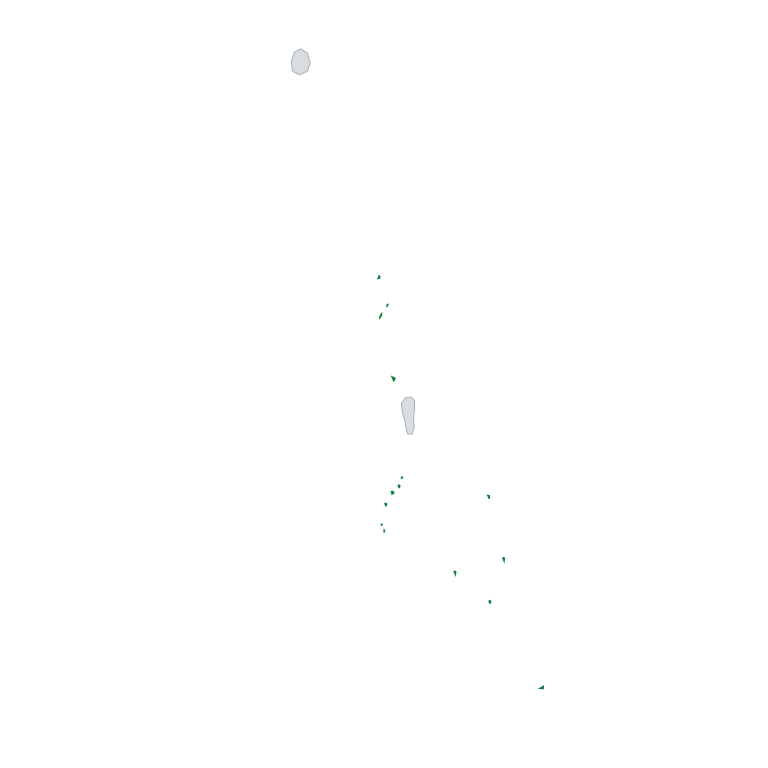 location of Kaafu within Maldives, rotated 158°
{"feature_id": "MDV-5230", "entity_name": "Kaafu", "entity_type": "Atoll", "adm_level": 1, "iso_a3": "MDV", "parent_name": "Maldives", "parent_adm1": "", "projection": "natural_earth1", "projection_center": [73.522, 4.408], "detail": "fine", "context": "in_parent", "style": "filled", "palette": "green", "viewbox_px": 768, "rotation_deg": 158, "n_neighbors": 0, "source": "natural_earth", "source_scale": "10m", "svg_char_len": 1886}
<svg xmlns="http://www.w3.org/2000/svg" viewBox="0 0 768 768"><g transform="rotate(158 384 384)"><path d="M375.2,359.6L369.3,363.2L363.8,361.8L361.9,357.2L364.6,350.3L369.2,341.6L372.4,332.1L377.0,327.0L380.6,328.7L380.2,334.0L378.5,341.4L377.5,350.8L375.2,359.6ZM342.8,725.2L335.6,726.0L331.1,719.3L332.1,709.5L337.7,702.7L346.6,702.3L351.7,708.4L349.0,717.8L342.8,725.2Z" fill="#d9dde1" stroke="#a8b0b8" stroke-width="1"/><path d="M373.8,383.5L373.8,387.4L373.8,387.5L372.6,386.2L371.9,385.4L371.8,384.6L372.8,384.1L373.8,383.5ZM353.2,43.4L349.6,44.0L350.4,42.2L351.1,42.0L352.0,42.8L353.2,43.4ZM417.7,278.9L417.4,279.8L417.5,280.8L417.4,281.4L417.0,281.3L416.3,281.2L416.2,281.1L415.6,279.7L416.0,279.2L416.8,279.2L417.7,278.9ZM329.3,238.1L329.5,241.7L328.4,241.1L328.4,240.3L328.8,239.4L329.3,238.1ZM338.9,175.2L338.9,175.3L338.9,176.3L339.1,177.2L339.0,177.8L338.2,178.2L337.6,177.3L337.8,176.7L338.4,176.1L338.9,175.2ZM408.8,281.8L408.7,282.9L408.9,283.7L408.9,284.4L408.1,284.7L407.5,283.7L407.7,283.2L408.2,282.7L408.8,281.8ZM367.8,140.6L367.8,141.7L368.0,142.6L367.9,143.2L367.1,143.5L367.0,143.3L366.5,142.6L366.7,142.0L367.3,141.5L367.8,140.6ZM389.1,180.9L389.1,181.0L389.1,182.0L389.3,182.9L389.3,183.5L388.5,183.9L388.3,183.5L387.9,182.9L388.1,182.3L388.6,181.8L389.1,180.9ZM427.9,269.9L427.8,271.0L428.0,271.8L428.0,272.5L427.3,272.8L426.6,271.9L426.8,271.3L427.4,270.7L427.9,269.9ZM349.8,484.1L349.1,484.8L348.5,485.7L348.1,486.1L347.8,485.3L348.2,484.1L348.7,483.8L349.3,484.1L349.8,484.1ZM363.3,446.7L363.3,446.8L360.9,449.5L360.0,450.0L360.6,448.7L361.4,448.1L363.3,446.7ZM403.5,289.9L403.4,290.0L402.3,290.8L401.3,290.6L401.2,290.6L403.5,289.9ZM351.9,455.2L351.8,455.9L350.2,456.7L350.1,456.8L351.9,455.2ZM439.6,246.5L438.7,248.0L438.7,247.1L439.6,246.5ZM439.6,253.7L439.0,254.7L437.9,255.0L439.6,253.7Z" fill="#22c55e" stroke="#15803d" stroke-width="1.5"/></g></svg>